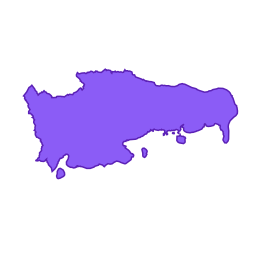 East Santo, Sanma, Vanuatu (Mercator projection), rotated 96°
{"feature_id": "77236927B80852571944001", "entity_name": "East Santo", "entity_type": "district", "adm_level": 2, "iso_a3": "VUT", "parent_name": "Vanuatu", "parent_adm1": "Sanma", "projection": "mercator", "projection_center": [167.067, -15.142], "detail": "fine", "context": "isolated", "style": "filled", "palette": "violet", "viewbox_px": 256, "rotation_deg": 96, "n_neighbors": 0, "source": "geoboundaries", "source_scale": "gbopen_adm2", "svg_char_len": 5885}
<svg xmlns="http://www.w3.org/2000/svg" viewBox="0 0 256 256"><g transform="rotate(96 128 128)"><path d="M179.2,198.9L176.4,196.5L173.9,195.1L172.6,194.7L171.5,194.7L170.7,194.0L168.7,193.9L167.8,193.1L167.2,193.2L165.2,192.2L165.2,191.4L164.1,189.7L163.6,189.3L162.8,189.5L161.4,187.9L161.3,187.3L160.7,187.2L160.4,185.9L161.0,184.7L162.1,184.0L165.0,184.3L168.2,185.7L170.8,185.3L172.1,183.7L173.1,181.2L173.0,179.6L173.4,178.0L173.0,176.4L171.7,175.3L172.2,175.1L171.8,174.4L170.9,174.3L170.8,174.0L171.5,173.4L171.0,171.5L171.3,171.3L171.3,169.6L172.5,164.7L172.1,161.3L170.4,157.7L169.5,156.9L168.0,153.4L166.9,152.9L167.5,149.4L168.8,147.9L168.9,147.3L167.8,146.8L165.6,144.3L165.8,142.0L165.3,140.1L163.7,138.3L163.3,138.1L163.3,137.7L162.1,135.9L162.4,133.0L163.0,131.6L163.9,127.7L163.7,126.6L159.3,121.8L158.4,121.5L156.6,121.4L156.1,119.7L154.5,119.5L153.7,119.9L153.6,120.6L153.1,121.0L153.2,121.7L152.5,122.9L151.0,124.0L149.8,125.5L148.1,128.7L147.2,128.8L147.0,128.2L146.4,128.1L145.9,129.7L146.1,130.6L145.1,131.4L143.6,131.6L142.8,131.4L141.8,130.6L141.8,129.9L141.3,129.3L141.5,128.7L140.3,128.2L140.5,127.2L140.0,127.0L140.2,126.1L139.5,125.5L138.4,119.5L137.7,117.9L136.6,116.7L136.1,114.9L135.2,114.1L134.7,112.7L133.4,111.3L132.7,110.9L131.9,109.0L130.4,108.2L129.9,107.4L129.6,107.6L129.5,106.4L128.5,105.8L128.5,105.2L127.4,105.3L127.8,104.2L127.6,103.5L129.1,102.5L127.2,102.8L126.4,101.9L126.9,101.0L127.2,97.6L126.4,96.0L126.6,94.8L125.9,94.4L126.3,93.8L126.2,92.4L126.6,91.4L127.2,91.1L129.0,91.2L128.7,90.4L130.6,88.7L130.3,88.1L129.8,88.0L129.1,89.0L128.7,89.1L128.2,88.8L127.3,88.9L126.6,88.1L126.1,86.5L126.4,85.9L126.3,85.1L125.7,84.3L125.9,83.6L125.3,81.9L125.5,81.3L124.4,80.0L124.7,78.4L125.2,77.6L125.9,77.3L125.6,76.2L123.8,75.3L122.2,75.9L121.9,75.6L121.1,75.8L119.4,74.1L119.3,73.5L118.2,72.9L121.2,74.4L121.6,74.0L122.1,72.7L124.0,72.5L124.7,72.1L125.5,71.0L126.2,69.2L126.3,65.8L125.5,63.7L125.6,63.1L124.2,59.8L123.8,59.5L123.5,58.3L121.3,54.5L119.1,53.3L119.0,52.6L117.5,52.3L116.3,52.4L115.8,51.9L116.3,51.2L117.8,50.3L118.1,48.5L117.6,46.0L116.5,43.2L115.8,42.6L114.7,42.2L114.4,41.4L115.0,38.9L115.2,38.2L116.0,37.7L115.8,36.7L116.7,36.4L118.0,36.5L120.2,35.4L120.1,34.8L121.7,33.0L123.0,32.9L123.5,32.5L124.2,32.7L126.0,31.7L129.5,32.3L130.3,32.1L132.6,30.3L132.6,28.6L130.6,27.2L128.6,26.8L120.4,27.5L116.1,28.5L113.8,28.4L110.1,27.2L106.1,23.9L104.4,22.0L102.2,20.8L99.6,20.9L96.1,21.8L95.5,22.3L94.7,22.2L93.1,24.2L87.2,26.8L86.0,27.9L85.2,27.7L84.6,28.8L82.4,30.2L81.2,31.5L79.8,33.9L78.7,37.7L79.0,42.4L79.8,43.9L80.9,47.5L82.2,49.3L82.7,51.4L83.6,52.4L84.4,55.6L83.3,60.8L82.5,63.6L82.1,63.7L81.7,64.9L81.1,68.8L78.5,76.1L78.5,77.5L78.2,78.6L79.3,81.7L80.7,83.2L81.9,85.8L82.2,89.5L81.7,92.1L82.0,94.4L81.8,96.2L82.1,97.4L81.8,98.7L82.2,99.8L83.0,100.8L82.9,104.2L82.6,105.0L80.7,106.5L80.1,106.6L79.5,109.6L79.6,111.8L79.3,113.6L79.6,114.6L79.2,114.8L79.3,115.6L78.1,117.9L78.6,118.4L77.9,119.8L76.4,125.9L74.5,127.0L74.6,128.3L74.3,129.1L71.9,130.0L71.2,132.2L71.5,133.4L71.1,134.5L71.4,136.3L70.4,137.2L73.0,138.3L73.3,139.2L72.9,140.9L73.4,142.3L72.9,143.9L73.7,145.7L72.8,146.7L73.6,147.6L73.6,149.4L75.3,149.8L74.7,150.6L73.4,150.8L72.7,151.4L72.4,153.9L73.0,155.4L72.4,155.6L72.4,156.3L71.9,156.8L75.5,160.3L75.6,162.8L75.3,164.1L74.8,164.5L74.8,166.1L75.7,166.2L75.6,166.8L76.5,167.9L75.7,169.2L75.4,170.8L76.7,172.3L76.6,173.0L77.1,173.5L76.9,174.3L78.0,174.9L78.2,176.0L77.7,176.8L78.2,179.6L79.3,182.4L78.2,184.1L80.6,184.9L82.0,184.5L84.3,181.1L84.9,180.9L85.4,180.3L86.3,180.3L86.3,179.6L87.4,178.7L88.2,176.9L89.4,175.9L90.2,176.4L90.7,176.1L91.8,177.1L93.1,176.3L95.0,177.6L94.5,178.2L93.5,178.5L93.2,179.5L94.7,181.0L95.9,181.6L97.5,183.1L98.9,185.7L100.6,186.4L100.6,189.7L101.5,190.7L101.0,191.5L103.7,194.6L103.5,196.0L103.7,197.3L103.5,197.9L103.9,201.4L104.2,202.3L105.1,202.5L105.7,206.0L105.3,206.5L105.6,207.0L104.0,207.6L102.9,209.1L102.4,209.8L102.0,212.3L100.9,213.2L100.7,214.3L99.7,215.4L101.6,216.7L101.2,217.5L102.5,218.5L102.8,219.7L103.6,219.9L104.6,220.8L103.6,221.3L103.1,222.1L101.7,222.4L100.3,224.2L98.9,224.9L95.5,228.1L96.9,229.2L98.1,230.7L102.7,232.5L107.0,235.2L107.1,234.8L108.2,233.8L109.7,233.9L110.3,233.1L110.9,233.0L111.2,232.7L111.1,232.2L111.7,232.1L112.4,231.3L113.3,230.9L114.2,229.7L115.3,229.4L115.9,229.8L117.5,229.4L119.9,227.4L121.9,228.5L123.9,228.3L124.1,227.9L123.5,226.8L123.8,226.2L124.6,225.6L124.7,224.9L125.3,224.7L125.8,223.8L126.8,223.4L127.5,224.2L127.9,223.0L128.9,222.8L129.6,221.8L130.2,221.9L130.7,222.4L132.5,222.3L135.3,220.3L136.9,220.6L138.9,220.3L140.2,221.0L140.6,220.0L141.7,219.1L142.6,219.8L143.6,219.4L144.4,219.5L146.7,217.9L146.7,217.1L148.4,213.6L150.0,213.8L150.3,213.0L151.1,213.0L151.6,212.2L153.0,211.8L154.1,210.8L155.7,211.8L156.3,211.6L157.4,212.0L159.4,211.6L162.0,213.4L164.0,213.1L164.7,213.4L166.7,213.2L167.1,214.2L169.0,215.1L169.8,216.2L170.2,216.0L170.1,214.3L169.3,212.6L170.1,211.2L170.1,208.4L169.1,206.7L168.4,206.7L167.5,205.8L168.7,205.9L169.4,205.0L170.6,204.8L171.2,203.9L172.9,203.2L175.6,200.1L179.2,198.9ZM184.8,193.4L185.4,192.9L185.6,192.1L185.0,190.3L182.8,187.0L181.3,186.1L179.1,186.5L176.6,188.1L175.3,190.8L175.2,191.4L176.0,192.7L178.5,193.8L181.0,193.6L183.2,194.0L184.8,193.4ZM129.1,75.5L130.6,76.1L131.1,78.4L135.4,78.1L136.7,77.0L137.4,75.5L137.7,71.2L136.5,69.9L135.5,69.8L133.1,70.2L132.1,69.7L131.1,70.5L130.9,71.7L130.5,72.1L130.7,74.0L130.1,75.0L129.1,75.5ZM147.4,107.9L146.3,109.9L146.8,111.4L148.0,111.9L151.3,110.7L154.3,110.3L155.0,109.8L155.5,108.4L154.5,107.4L152.1,106.5L151.4,107.1L149.6,106.5L148.5,106.8L147.4,107.9ZM129.6,91.5L130.1,92.2L131.5,91.9L131.1,91.1L130.2,91.1L129.6,91.5ZM127.6,81.9L128.0,83.0L128.5,83.2L128.8,82.9L128.9,81.6L128.5,81.4L127.6,81.9ZM126.9,77.4L126.9,77.8L127.5,78.0L128.1,77.1L127.7,76.8L126.9,77.4Z" fill="#8b5cf6" stroke="#5b21b6" stroke-width="1.5"/></g></svg>